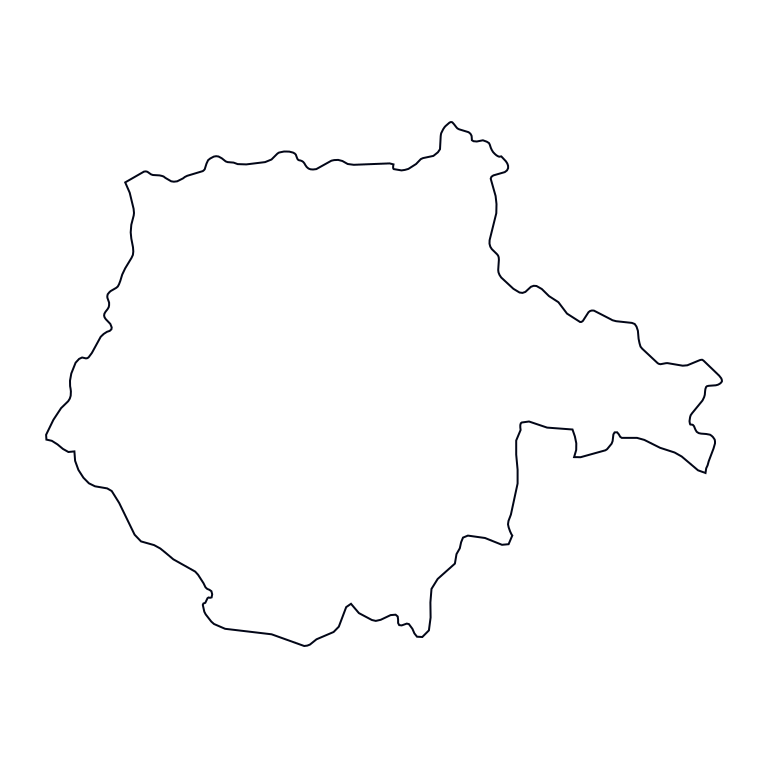 SVG path tracing the border of Jihočeský
{"feature_id": "CZE-1593", "entity_name": "Jihočeský", "entity_type": "Region", "adm_level": 1, "iso_a3": "CZE", "parent_name": "Czechia", "parent_adm1": "", "projection": "albers", "projection_center": [14.581, 49.086], "detail": "fine", "context": "isolated", "style": "outline", "palette": "ink", "viewbox_px": 768, "rotation_deg": 0, "n_neighbors": 0, "source": "natural_earth", "source_scale": "10m", "svg_char_len": 4836}
<svg xmlns="http://www.w3.org/2000/svg" viewBox="0 0 768 768"><path d="M68.4,452.0L62.9,448.9L57.5,444.4L51.8,440.8L46.4,439.6L46.4,439.4L46.1,434.8L53.4,419.8L61.1,408.1L68.2,401.2L69.8,398.6L70.7,395.7L70.9,391.4L70.6,388.9L70.1,386.1L70.0,380.7L71.3,373.5L75.6,362.7L79.1,358.9L82.1,357.5L86.0,358.4L87.5,358.1L88.7,357.2L91.9,352.9L100.7,336.8L103.6,334.0L107.0,331.8L109.7,330.9L111.4,329.3L111.7,327.4L110.3,323.9L105.8,319.2L104.6,317.4L104.1,315.6L104.4,313.7L105.5,311.8L107.6,309.1L108.7,307.2L109.1,305.3L109.1,302.6L107.4,297.8L107.3,296.2L107.7,294.3L109.3,292.3L110.6,291.1L116.3,287.8L117.8,286.5L119.0,284.3L120.3,280.9L122.2,274.6L125.2,268.3L131.5,257.9L132.9,254.9L133.3,251.5L133.0,247.3L131.3,238.5L130.7,232.4L131.3,224.8L133.7,215.5L134.0,213.0L133.6,208.8L129.7,192.7L125.2,182.4L144.0,171.6L145.9,171.4L147.4,171.8L151.1,174.4L152.9,175.0L159.6,175.4L161.8,175.9L163.6,176.5L165.4,177.9L171.2,181.3L173.9,181.7L177.2,181.3L183.0,178.4L184.8,177.0L187.2,175.8L202.8,171.1L203.9,170.2L204.7,169.3L206.5,163.6L208.1,160.2L210.2,158.5L213.8,156.6L216.1,156.2L218.5,156.5L221.8,158.3L225.7,161.4L227.6,162.1L233.6,162.6L237.7,164.1L246.3,164.4L265.1,162.1L271.5,159.5L277.3,153.7L278.7,152.7L280.2,152.3L284.1,151.5L289.2,151.6L293.1,152.6L294.7,153.5L295.8,154.6L297.0,157.9L297.6,159.2L298.3,159.9L299.2,160.3L300.5,160.5L302.0,161.1L303.2,161.9L304.5,163.5L305.1,164.7L306.7,167.0L307.4,167.6L308.2,168.3L309.1,168.8L310.6,169.3L313.0,169.5L316.3,169.1L331.4,160.7L334.1,160.1L338.1,159.9L342.4,161.0L347.7,164.0L353.8,164.8L389.6,163.4L393.5,164.4L393.2,165.9L393.1,167.3L393.3,168.6L393.8,169.1L401.5,170.4L404.9,169.9L408.4,168.9L416.1,164.0L420.8,159.1L423.0,158.1L433.4,155.9L437.9,152.3L440.0,149.2L440.7,136.2L440.9,134.6L441.2,133.2L443.2,129.2L444.6,127.1L445.6,126.0L449.5,122.6L451.0,122.0L452.3,122.3L454.0,124.2L456.4,127.3L457.4,128.4L459.1,129.3L468.6,132.2L470.4,133.7L471.5,135.6L471.7,136.9L471.9,140.2L473.5,141.2L476.8,141.5L482.9,140.3L486.8,141.7L489.0,143.1L489.8,144.7L490.8,147.8L491.8,150.0L493.1,152.1L494.8,153.9L496.3,155.2L497.7,156.1L499.2,156.7L501.3,156.4L505.9,161.3L507.3,163.5L508.1,165.8L508.1,168.2L507.0,170.4L504.8,172.1L493.4,175.4L491.5,176.7L490.7,178.7L495.6,196.0L496.5,204.1L496.3,213.2L489.6,240.2L489.5,243.7L490.3,246.7L491.8,249.1L497.1,254.3L498.1,255.6L498.7,257.3L498.9,259.7L498.2,270.0L498.5,272.4L499.5,274.9L501.2,277.5L513.4,288.8L519.5,292.5L522.5,292.9L525.4,291.9L530.9,286.8L533.7,285.8L536.5,286.0L541.8,289.0L549.0,296.1L558.4,302.2L567.0,313.6L580.1,322.0L581.5,321.9L582.9,320.9L588.5,312.2L590.1,311.0L591.9,310.5L593.9,310.6L611.0,319.4L612.4,320.2L616.1,321.2L631.9,322.9L634.7,324.0L636.5,326.6L637.9,330.8L638.6,338.8L639.5,343.2L640.5,346.6L642.2,348.7L657.7,363.2L659.0,363.9L660.5,364.2L665.9,363.2L667.4,363.1L682.7,365.7L687.3,365.3L699.9,360.1L701.2,359.8L702.3,359.8L703.6,360.7L719.2,375.7L721.3,378.4L721.9,380.2L721.9,381.5L721.0,382.7L719.7,383.8L718.0,384.7L715.8,385.3L708.7,385.8L707.0,386.2L706.1,387.0L705.4,389.0L705.1,391.2L704.8,394.8L704.1,397.2L702.5,400.5L692.1,413.2L690.7,415.2L690.1,417.1L689.5,421.1L689.8,423.1L690.2,424.4L690.8,424.6L691.9,424.6L693.0,425.0L694.0,426.2L695.4,429.6L696.7,431.8L698.7,433.1L701.0,433.6L706.2,434.0L710.0,434.7L711.5,435.7L713.0,437.1L714.7,439.6L715.0,441.4L715.0,443.4L713.5,448.6L708.7,461.3L707.6,465.3L706.2,468.3L705.5,473.0L698.0,470.3L681.7,456.5L674.6,452.5L660.1,447.8L644.3,439.9L637.1,437.9L621.8,437.9L620.2,436.8L618.8,434.3L617.1,432.3L614.6,432.4L613.4,434.4L612.6,441.1L611.6,443.7L607.1,449.2L605.4,450.3L580.6,457.2L574.1,457.1L576.2,450.0L576.3,443.3L574.9,436.5L572.5,429.5L547.1,427.6L529.0,421.5L521.8,422.5L520.8,423.3L520.3,425.0L520.3,427.3L520.6,430.0L516.2,440.5L516.2,454.6L517.6,469.8L517.6,483.5L510.9,514.6L508.5,520.9L508.0,524.3L508.7,527.5L510.1,531.4L511.6,534.6L512.3,535.5L508.6,544.2L502.0,544.8L485.0,538.0L467.9,535.6L463.0,537.6L461.1,542.3L459.8,548.3L456.5,554.1L454.9,563.6L437.7,578.9L431.5,588.9L430.4,602.4L430.6,617.5L428.9,630.4L427.4,631.9L422.3,637.0L417.0,636.7L414.4,633.4L412.4,628.8L408.9,624.1L406.8,623.6L401.7,625.4L399.2,625.1L398.1,623.0L398.1,619.7L397.7,616.5L395.6,614.7L390.6,615.1L380.7,619.8L375.8,620.9L371.9,620.0L358.9,613.1L351.0,603.8L346.2,607.1L338.8,626.7L333.6,632.0L316.5,639.3L309.9,644.6L307.3,645.6L304.2,646.0L271.6,634.3L225.1,628.8L214.0,624.0L211.3,621.6L205.7,614.4L204.3,611.7L202.8,604.9L203.4,603.5L205.3,602.8L207.5,598.2L208.5,597.5L210.1,597.8L211.6,597.4L212.2,594.3L211.4,591.2L209.4,589.8L207.2,588.9L205.5,587.3L203.5,583.2L198.1,574.8L195.2,571.6L173.3,559.3L166.2,553.3L160.3,548.5L154.1,545.1L141.0,541.4L134.6,534.7L119.2,503.0L111.7,491.0L107.2,488.4L95.0,486.3L88.9,483.3L83.4,477.7L78.4,469.9L75.1,460.8L74.4,451.4L68.4,452.0Z" fill="none" stroke="#020617" stroke-width="2"/></svg>